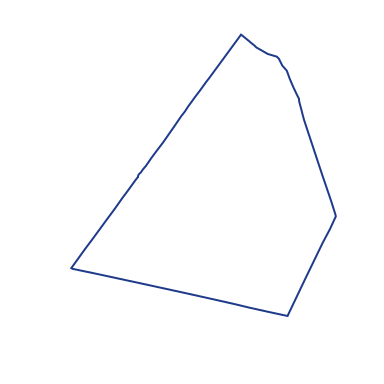 Sanislau, Satu Mare, Romania, rotated 347°
{"feature_id": "2599482B60287900413907", "entity_name": "Sanislau", "entity_type": "district", "adm_level": 2, "iso_a3": "ROU", "parent_name": "Romania", "parent_adm1": "Satu Mare", "projection": "orthographic", "projection_center": [22.392, 47.656], "detail": "fine", "context": "isolated", "style": "outline", "palette": "blue", "viewbox_px": 384, "rotation_deg": 347, "n_neighbors": 0, "source": "geoboundaries", "source_scale": "gbopen_adm2", "svg_char_len": 983}
<svg xmlns="http://www.w3.org/2000/svg" viewBox="0 0 384 384"><g transform="rotate(347 192 192)"><path d="M257.2,334.3L259.1,331.9L282.4,302.6L308.0,270.8L317.9,259.4L326.6,248.2L326.7,246.4L325.5,231.6L322.8,205.2L320.7,182.7L317.4,147.1L317.2,141.9L317.1,136.8L316.8,128.0L317.2,125.0L316.7,123.4L315.5,118.2L314.1,111.6L312.6,103.0L311.7,95.4L311.1,94.1L308.4,89.1L306.6,81.6L305.1,79.2L296.8,74.5L287.2,65.6L286.2,64.0L285.9,63.5L283.0,59.8L281.6,57.9L277.2,52.2L276.1,50.8L275.2,49.7L234.1,85.1L230.6,87.9L223.2,94.4L215.9,100.5L207.3,108.0L203.7,111.5L202.3,112.7L198.8,115.5L190.0,123.6L184.6,128.5L175.1,137.1L166.4,144.3L160.2,149.6L153.1,156.1L149.2,159.0L146.6,161.4L144.0,162.9L142.9,164.5L142.7,165.4L142.2,165.6L139.5,167.8L129.9,176.2L122.9,182.1L113.3,190.7L100.8,201.4L94.2,207.1L83.4,216.4L75.2,223.3L57.3,239.0L58.3,240.0L78.3,249.2L130.2,273.6L175.8,295.2L210.1,311.7L222.3,317.8L239.5,326.0L257.2,334.3Z" fill="none" stroke="#1e3a8a" stroke-width="2"/></g></svg>